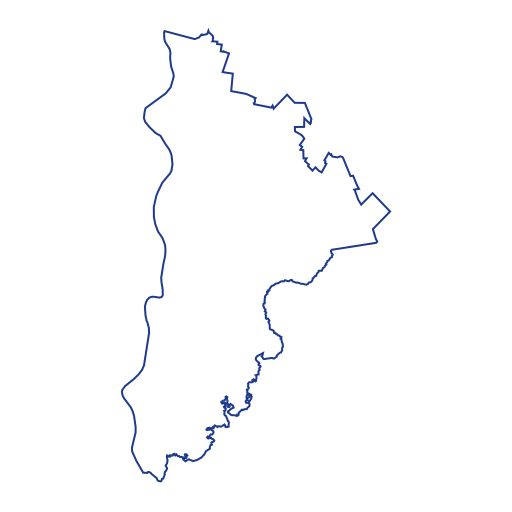 the district of Diamante, Entre Ríos, Argentina
{"feature_id": "61730980B26239176559323", "entity_name": "Diamante", "entity_type": "district", "adm_level": 2, "iso_a3": "ARG", "parent_name": "Argentina", "parent_adm1": "Entre Ríos", "projection": "natural_earth1", "projection_center": [-60.458, -32.245], "detail": "fine", "context": "isolated", "style": "outline", "palette": "blue", "viewbox_px": 512, "rotation_deg": 0, "n_neighbors": 0, "source": "geoboundaries", "source_scale": "gbopen_adm2", "svg_char_len": 6083}
<svg xmlns="http://www.w3.org/2000/svg" viewBox="0 0 512 512"><path d="M340.6,156.3L337.4,157.4L332.2,156.5L331.2,154.2L330.4,154.7L328.7,152.9L324.4,160.4L325.5,161.3L325.1,163.0L326.4,163.8L321.6,172.4L318.5,170.5L315.5,167.3L312.5,170.6L308.0,166.1L308.9,164.6L305.0,161.2L306.6,158.3L303.5,158.4L303.3,150.1L300.4,149.8L302.2,146.8L299.8,145.0L304.3,138.7L302.4,135.9L301.3,134.9L295.0,131.3L294.9,127.0L304.1,126.9L304.3,118.2L310.2,124.0L310.7,123.3L310.7,122.1L311.1,121.8L310.8,120.7L311.4,119.2L304.9,102.9L294.7,102.8L287.1,94.7L273.6,108.7L272.6,105.6L271.3,107.6L254.1,104.2L253.8,103.2L254.5,102.9L255.0,101.1L254.7,99.0L255.6,98.1L247.1,94.3L244.7,93.6L231.2,91.1L232.8,73.6L223.7,72.3L223.3,71.7L222.7,71.8L229.0,53.4L223.7,51.4L223.6,51.8L220.7,51.3L221.8,44.6L217.1,44.0L217.4,41.7L212.4,41.3L212.9,40.6L212.8,39.2L213.2,38.0L213.0,36.6L211.8,34.8L209.0,32.5L208.4,30.7L207.3,33.8L205.5,34.5L201.9,35.1L201.8,34.5L201.4,34.6L199.1,37.4L194.8,39.1L164.6,31.1L164.1,32.2L164.3,38.8L165.1,41.7L169.6,49.1L170.4,52.6L170.1,58.0L171.1,66.5L173.3,73.3L173.8,76.3L170.7,87.3L165.7,93.4L145.5,108.2L144.6,112.1L143.9,118.0L145.2,121.9L149.7,127.4L155.7,133.1L160.5,135.8L165.4,144.0L169.2,149.4L170.8,152.9L171.6,155.8L172.5,164.2L171.4,171.0L169.9,173.6L162.3,182.7L157.6,192.5L156.2,196.2L153.8,207.0L153.9,217.0L155.2,223.9L158.0,231.5L162.2,237.6L163.8,241.4L165.1,245.4L165.5,249.8L165.1,256.2L163.6,262.7L161.2,277.7L161.5,282.4L162.6,288.8L162.8,294.8L162.3,296.1L161.5,297.1L159.3,297.6L153.3,296.7L151.1,296.9L148.9,298.0L147.3,299.7L146.0,302.3L144.9,306.5L145.5,315.3L146.6,320.8L147.5,322.6L148.8,327.8L149.1,332.8L144.0,365.4L141.9,370.1L138.7,374.3L133.8,379.1L125.3,385.9L122.4,389.7L121.9,391.7L122.6,395.6L123.9,398.1L130.8,407.3L132.5,410.8L134.1,416.2L135.6,426.7L135.6,432.6L132.0,447.4L132.1,451.3L136.3,460.7L143.2,472.7L147.5,472.9L148.0,472.0L148.9,472.0L150.5,472.7L151.9,474.3L156.7,478.1L157.3,479.8L158.4,481.0L160.9,481.3L161.4,481.0L161.9,478.9L163.2,478.6L164.8,474.5L164.6,473.2L165.2,471.5L165.8,471.1L167.1,468.7L167.0,468.0L165.6,465.6L166.9,463.6L167.4,461.4L167.6,460.6L166.8,456.8L167.1,455.5L169.0,456.7L169.5,455.5L170.5,456.3L171.2,455.2L172.6,455.6L173.3,454.1L174.5,453.8L174.9,455.2L175.4,455.5L176.4,454.4L177.8,456.1L179.2,456.1L180.2,457.1L181.4,456.9L183.8,457.6L185.1,457.4L185.8,456.7L184.8,454.7L185.0,454.3L186.2,454.2L187.4,455.5L186.9,456.0L186.1,458.0L182.9,458.5L183.2,459.4L185.5,461.3L188.2,459.5L189.2,459.4L192.9,461.1L197.1,460.0L201.4,457.5L204.5,454.1L206.0,451.1L209.9,448.7L209.8,447.3L210.5,445.1L211.9,444.7L211.5,444.0L211.4,442.6L212.1,442.0L213.8,441.5L214.3,440.7L213.5,439.4L211.8,438.8L211.0,437.7L208.5,438.5L207.6,438.2L207.1,437.4L207.6,436.5L209.2,436.6L210.7,434.4L212.2,434.5L212.7,434.0L213.5,432.6L213.3,431.1L210.4,429.3L207.3,430.1L206.5,429.8L206.6,429.1L207.5,428.2L209.3,427.7L211.8,428.7L212.6,427.2L213.1,427.4L213.0,428.1L213.5,428.2L214.0,427.3L213.9,426.6L214.7,425.4L217.5,427.0L217.8,426.4L218.4,426.2L221.3,426.6L224.4,424.5L225.4,425.9L225.3,426.6L225.9,427.2L228.7,426.6L228.5,425.7L228.9,423.0L228.6,421.5L228.0,421.2L226.1,416.1L224.7,415.2L224.3,414.3L224.5,412.0L224.2,410.8L225.3,410.5L225.8,408.4L224.1,407.4L223.9,406.8L225.9,406.0L224.8,404.9L226.0,403.6L224.9,402.6L222.2,403.6L221.8,403.3L221.6,402.1L220.6,401.6L222.4,401.6L223.2,400.6L224.1,400.5L225.6,399.4L225.6,396.8L226.5,396.4L227.3,397.0L227.0,399.3L227.6,401.1L227.1,402.9L227.3,404.0L228.3,404.2L228.2,407.0L229.5,406.9L229.9,404.8L230.6,404.0L232.8,405.5L233.7,407.6L231.7,408.5L230.0,409.6L229.5,410.5L227.9,411.3L228.2,412.8L229.2,413.3L231.3,415.1L235.8,415.4L236.5,416.0L237.8,415.5L237.5,414.6L238.6,414.6L238.7,412.8L241.9,409.7L242.6,409.6L242.9,410.1L245.0,409.1L246.8,409.1L247.6,407.7L249.3,406.2L249.6,404.3L249.2,403.4L248.4,402.9L246.2,402.8L245.6,401.3L246.8,399.7L249.5,401.3L251.1,398.9L251.7,396.6L250.9,395.7L247.4,398.3L246.6,398.0L246.5,396.8L247.0,394.9L247.6,394.7L250.2,395.3L250.9,394.7L247.2,392.7L247.4,390.8L246.9,390.3L246.9,389.6L248.0,389.1L248.8,388.1L248.5,386.9L248.0,386.6L248.3,384.3L248.0,383.7L249.1,382.3L252.6,382.2L252.8,381.1L252.3,380.2L253.7,379.2L254.3,379.7L254.1,380.8L254.5,380.7L255.3,381.4L256.0,381.0L256.5,377.5L256.5,376.6L255.8,375.4L256.6,375.5L257.2,374.6L258.6,374.4L258.4,371.5L258.8,370.5L259.7,369.9L259.2,368.7L259.5,367.7L260.6,366.6L260.3,366.0L258.7,365.1L258.5,364.2L259.4,363.4L259.2,362.8L257.4,361.5L255.8,359.6L256.0,357.6L257.3,356.1L263.0,353.1L262.5,355.3L261.7,356.5L262.7,357.5L263.4,358.9L264.1,359.1L271.9,357.9L273.9,358.6L276.8,356.6L276.8,355.5L278.3,354.1L279.8,352.8L280.9,352.5L282.1,350.5L282.2,347.7L282.9,346.8L282.7,343.9L281.8,341.9L281.4,339.1L280.6,338.9L280.6,338.1L281.4,337.1L279.8,336.3L279.5,335.7L278.0,335.4L276.6,333.7L275.9,333.8L274.8,332.6L274.2,332.9L273.4,330.5L270.1,329.2L269.8,328.7L269.7,325.4L269.3,323.6L268.5,322.3L268.6,321.5L269.3,321.3L269.3,320.5L268.1,318.6L266.8,318.9L266.0,318.5L266.2,318.0L265.7,317.1L266.0,315.3L265.4,314.4L266.2,312.4L264.8,311.4L265.6,309.8L264.4,308.4L263.3,305.8L263.5,303.8L264.5,303.4L264.9,302.6L264.4,301.7L264.8,300.6L264.6,299.5L265.1,297.2L264.9,296.5L266.5,294.4L267.3,293.9L267.0,291.7L268.0,291.8L268.2,290.6L268.7,290.9L269.4,290.5L269.3,289.3L271.5,286.1L274.2,285.0L275.7,283.7L278.6,283.0L280.6,281.6L282.3,281.2L283.9,281.4L285.0,280.2L288.4,281.3L291.2,279.8L291.9,280.0L292.5,281.3L296.2,282.7L297.7,282.5L301.2,283.8L302.8,283.8L306.1,284.7L306.8,284.5L308.0,283.9L308.7,282.6L310.4,282.3L311.4,281.7L312.5,280.0L312.7,278.3L313.8,277.6L315.0,276.0L316.1,275.9L317.0,273.5L318.5,272.0L318.7,270.8L321.9,270.7L322.9,268.1L324.7,266.9L324.9,265.9L326.3,264.6L325.8,263.9L327.2,262.1L327.4,260.9L328.9,260.4L330.2,258.0L332.1,257.0L332.0,255.9L332.8,254.6L331.4,252.9L330.9,250.9L331.7,249.8L376.2,242.8L377.2,241.6L375.8,238.8L372.9,229.1L390.1,211.5L372.6,193.2L361.2,204.6L358.2,199.7L355.0,190.7L354.2,189.6L359.0,188.9L356.6,184.3L353.1,175.7L350.5,176.1L343.4,158.7L342.6,157.2L340.6,156.3Z" fill="none" stroke="#1e3a8a" stroke-width="2"/></svg>